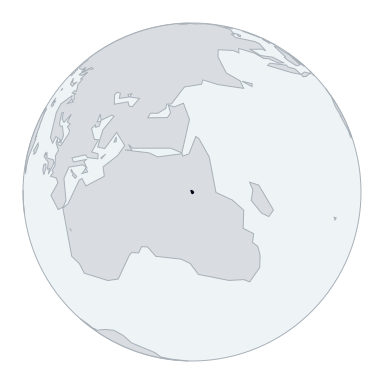 globe centered on Nakapiripirit, rotated 306°
{"feature_id": "UGA-3128", "entity_name": "Nakapiripirit", "entity_type": "District", "adm_level": 1, "iso_a3": "UGA", "parent_name": "Uganda", "parent_adm1": "", "projection": "orthographic", "projection_center": [34.525, 2.013], "detail": "fine", "context": "on_globe", "style": "filled", "palette": "ink", "viewbox_px": 384, "rotation_deg": 306, "n_neighbors": 0, "source": "natural_earth", "source_scale": "10m", "svg_char_len": 6731}
<svg xmlns="http://www.w3.org/2000/svg" viewBox="0 0 384 384"><g transform="rotate(306 192 192)"><circle cx="192" cy="192" r="169" fill="#eef3f6" stroke="#a8b0b8"/><path d="M94.4,54.1L91.0,56.7L88.3,58.7L86.2,60.3L94.4,54.1ZM23.8,175.7L23.9,180.1L23.9,187.5L23.6,191.8L24.2,193.4L24.3,196.4L29.4,202.0L34.2,210.1L35.5,220.4L34.4,231.8L40.3,256.5L40.2,263.8L44.7,273.6L52.6,287.5L52.6,287.4L45.6,276.4L39.5,264.8L34.4,252.8L30.1,240.4L26.9,227.7L24.6,214.9L23.3,201.8L23.1,188.8L23.8,175.7ZM326.3,89.4L324.9,87.8L322.3,84.4L323.3,86.3L319.5,81.6L322.1,85.8L325.5,89.8L326.0,89.5L329.9,95.8L335.6,103.5L340.7,112.4L346.0,127.4L344.8,131.7L345.7,134.7L342.9,131.0L342.7,136.7L350.6,154.3L351.6,159.4L349.6,168.7L348.9,164.9L341.6,155.2L342.8,167.4L348.4,177.9L350.4,190.2L347.2,186.2L344.8,175.4L342.2,171.7L341.1,161.0L335.6,145.4L332.1,148.2L330.7,142.1L322.5,129.6L316.6,133.5L308.5,149.7L310.2,165.7L306.2,172.9L294.2,149.9L289.1,134.9L284.7,136.3L272.5,124.1L251.2,123.6L248.2,119.9L244.2,121.7L235.7,118.1L231.3,112.1L226.0,112.6L237.8,128.4L243.4,128.1L248.3,121.9L250.5,127.7L258.8,132.9L249.2,147.3L217.7,160.8L214.9,148.9L192.3,117.8L193.1,114.4L193.0,114.0L192.8,113.3L190.4,118.9L186.6,113.1L198.4,134.2L200.3,143.7L217.2,161.5L215.6,163.4L221.1,167.1L239.2,162.4L239.2,166.4L230.5,185.3L205.7,211.7L209.2,229.3L207.7,244.5L192.7,254.7L194.5,266.4L186.8,270.6L186.6,277.3L180.7,284.4L170.7,291.2L153.1,291.5L151.6,285.5L142.2,273.9L129.1,245.7L133.1,232.6L131.3,222.6L118.7,200.6L121.4,188.3L118.1,183.3L111.3,184.6L107.5,178.7L103.4,178.6L78.2,183.5L70.9,175.9L63.0,152.6L67.8,143.1L69.3,132.5L103.0,97.0L109.5,98.6L135.2,93.8L138.3,95.0L134.5,102.6L153.2,111.8L160.1,105.3L177.8,110.4L190.1,110.2L195.9,96.0L175.8,95.9L173.0,89.2L189.8,83.4L207.5,84.4L207.0,81.9L196.5,76.3L201.2,72.0L192.9,74.1L195.8,76.6L190.6,78.2L187.7,76.1L189.5,74.5L184.4,73.4L177.2,82.1L179.3,85.6L165.4,87.3L167.7,93.5L163.6,96.4L158.4,87.3L159.4,83.9L149.0,74.9L146.7,78.5L156.3,87.4L153.0,86.8L149.9,92.5L149.7,87.6L139.7,77.8L127.7,80.4L111.1,95.0L104.3,96.6L99.1,94.1L106.3,79.9L120.7,78.1L123.5,73.9L121.6,68.2L126.2,68.4L127.2,66.2L132.7,65.6L141.5,60.1L147.3,59.4L151.8,53.1L155.4,52.1L151.7,55.9L152.3,58.6L166.8,58.0L169.9,56.7L171.6,52.8L175.4,53.5L175.2,50.0L184.0,48.7L173.1,47.5L174.9,43.9L180.7,41.3L179.3,40.1L169.8,44.5L167.8,46.5L169.1,48.5L161.9,55.0L156.7,56.2L156.9,49.3L149.5,50.6L152.9,45.4L176.6,35.5L186.0,34.1L199.4,38.3L196.6,40.2L190.4,39.3L195.2,43.0L195.3,41.3L198.4,42.1L200.9,39.5L203.2,40.0L201.6,37.0L204.7,37.3L205.7,39.3L212.0,36.5L218.8,37.1L219.1,36.3L217.5,35.3L227.2,37.2L227.0,36.5L223.8,35.6L221.2,33.9L220.6,31.9L224.0,32.6L224.7,33.5L231.2,36.7L232.6,39.3L233.9,39.4L233.6,37.4L225.5,33.4L224.1,32.0L228.4,33.6L226.7,32.9L227.1,32.5L230.7,32.9L226.2,31.1L225.8,27.5L232.6,28.5L236.5,30.0L239.8,30.0L245.7,31.8L257.5,36.2L268.8,41.5L279.8,47.7L290.3,54.6L300.2,62.3L309.6,70.7L318.3,79.7L326.3,89.4ZM90.7,114.3L89.6,117.4L89.6,117.5L90.7,114.3ZM225.9,93.6L236.7,94.4L232.3,85.8L236.1,85.5L233.2,82.9L231.9,85.2L225.0,78.2L229.8,76.0L228.7,72.7L225.0,72.3L217.3,77.5L227.3,87.2L224.6,90.6L225.9,93.6ZM82.7,63.2L87.1,59.6L83.0,62.9L80.1,65.6L76.1,69.4L78.4,67.1L76.5,68.7L77.9,67.4L82.7,63.2ZM127.2,56.0L128.8,57.1L126.1,59.6L118.8,61.9L122.5,58.1L127.2,56.0ZM131.6,58.2L133.8,51.5L138.4,50.3L135.4,52.0L138.3,51.8L134.3,54.7L136.5,60.6L134.3,63.3L122.0,65.2L127.2,62.9L125.4,61.8L131.6,58.2ZM131.3,41.1L132.3,39.5L141.0,38.8L139.1,40.5L131.6,42.5L129.6,41.7L131.3,41.1ZM161.2,25.9L161.4,25.8L162.3,25.7L164.2,25.3L168.7,24.7L167.9,25.1L170.6,24.7L174.5,24.4L174.4,24.9L171.0,25.0L173.4,25.7L168.5,26.2L169.1,26.3L165.3,27.1L161.6,28.3L159.5,28.5L159.0,28.9L156.5,29.6L155.0,30.4L150.8,31.2L148.7,32.2L147.9,32.0L145.5,33.8L145.4,32.9L142.1,34.1L143.9,34.3L124.4,39.1L116.3,42.6L109.6,46.2L110.4,44.9L117.1,40.9L126.5,36.4L134.2,33.6L133.1,33.8L136.5,32.6L135.9,32.9L138.8,31.7L141.4,30.9L149.8,28.4L151.1,28.1L161.2,25.9ZM173.0,24.1L170.5,24.5L167.5,24.8L173.0,24.1ZM142.3,92.1L144.8,92.3L148.8,91.9L146.9,95.8L142.3,92.1ZM135.3,85.3L137.6,84.8L136.9,89.5L134.4,89.5L135.3,85.3ZM139.5,80.7L137.8,84.4L137.2,82.4L139.5,80.7ZM153.9,55.4L156.5,54.9L156.5,55.8L154.8,57.2L153.9,55.4ZM180.5,28.9L178.9,28.4L179.8,28.2L179.6,26.9L183.2,26.7L184.7,27.4L180.5,28.9ZM192.1,98.4L188.2,101.1L186.5,99.7L188.2,99.1L192.1,98.4ZM166.2,98.2L171.9,99.9L165.7,99.2L166.2,98.2ZM184.3,28.4L183.8,27.9L185.9,28.2L184.3,28.4ZM185.8,26.5L188.4,26.7L183.6,26.5L185.8,26.5ZM255.1,321.9L255.8,323.9L253.4,324.1L255.1,321.9ZM236.8,241.9L225.3,268.5L217.3,268.6L215.8,260.8L220.0,244.8L229.3,240.1L233.8,232.8L236.8,241.9ZM357.8,220.6L358.1,221.6L357.9,222.4L357.8,220.6ZM357.7,217.6L358.3,218.1L357.3,219.3L357.7,217.6ZM358.4,218.3L359.0,217.1L359.2,215.9L359.0,217.6L358.4,218.3ZM357.2,217.5L352.7,216.5L350.5,214.1L351.4,211.2L355.1,212.4L357.2,217.5ZM351.2,211.1L347.2,202.6L338.8,178.8L341.9,179.2L350.1,193.8L349.6,196.2L352.1,202.9L351.2,211.1ZM359.3,197.2L358.7,204.7L356.7,203.5L355.5,202.1L354.8,192.4L355.2,187.6L356.3,187.9L358.3,172.4L359.5,176.6L359.4,183.2L360.2,189.9L359.3,197.2ZM311.0,167.3L315.0,177.0L312.5,178.6L311.0,167.3ZM357.5,161.6L357.8,168.2L357.0,159.2L357.5,161.6ZM356.1,153.1L356.9,156.6L355.9,153.1L356.1,153.1ZM347.2,139.3L346.1,139.9L345.3,137.5L346.2,135.4L347.2,139.3ZM344.5,120.1L347.5,126.9L348.3,129.2L346.4,124.9L344.5,120.1ZM214.3,29.2L210.6,30.9L210.2,32.8L213.8,34.4L207.2,33.1L207.7,30.3L214.3,29.2ZM224.0,27.4L220.9,26.5L223.2,26.8L224.3,27.0L224.0,27.4ZM221.4,26.9L215.7,26.1L214.6,25.5L219.3,26.3L221.4,26.9ZM200.0,26.3L198.6,26.7L196.9,26.4L200.0,26.3ZM332.2,286.3L329.4,289.6L329.8,287.7L333.3,282.8L340.8,267.4L341.0,267.8L345.4,257.6L350.8,249.2L354.2,239.3L350.1,251.7L345.0,263.6L339.1,275.2L332.2,286.3ZM358.4,221.1L358.2,222.1L358.5,220.5L358.4,221.1ZM360.9,188.3L360.5,191.8L360.6,196.5L360.9,193.9L360.6,197.9L360.3,205.9L360.1,208.8L360.5,200.1L359.7,208.7L359.5,208.4L359.9,200.8L360.4,192.0L360.6,188.5L360.9,187.9L360.9,188.3ZM359.9,173.2L359.4,169.1L359.5,171.1L358.7,164.5L359.9,173.2ZM358.2,161.9L358.4,163.7L357.7,159.2L358.2,161.9ZM358.0,161.7L357.2,157.5L357.5,158.2L358.0,161.7ZM358.3,162.0L358.3,162.3L358.0,160.5L358.3,162.0ZM354.9,148.2L356.9,155.4L355.7,151.9L351.9,138.8L352.1,138.7L354.9,148.2Z" fill="#d9dde1" stroke="#a8b0b8" stroke-width="1"/><path d="M192.1,193.3L191.9,193.2L191.7,193.3L191.3,193.4L191.2,193.3L191.1,193.1L191.1,192.2L191.4,192.1L191.5,192.1L191.6,191.9L191.8,191.8L192.2,191.8L192.3,191.7L192.3,190.6L192.7,190.6L192.8,190.8L192.9,191.1L192.9,191.5L193.0,192.0L192.8,192.1L192.8,192.3L192.8,192.7L192.8,193.0L192.7,193.2L192.5,193.3L192.3,193.4L192.2,193.3L192.1,193.3Z" fill="#0f172a" stroke="#020617" stroke-width="1.5"/></g></svg>